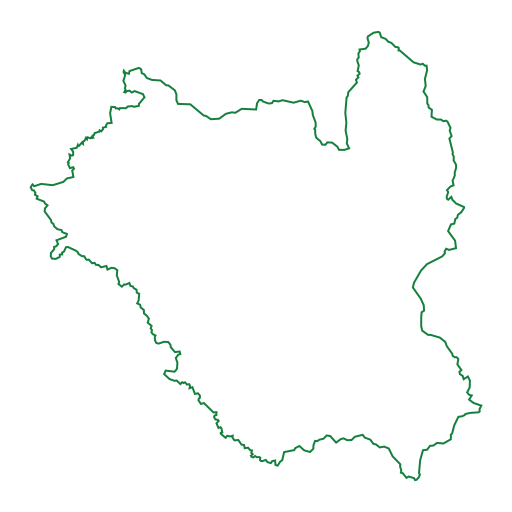 Satipo, Junín, Peru
{"feature_id": "86281439B96037862179795", "entity_name": "Satipo", "entity_type": "district", "adm_level": 2, "iso_a3": "PER", "parent_name": "Peru", "parent_adm1": "Junín", "projection": "mercator", "projection_center": [-74.176, -11.56], "detail": "fine", "context": "isolated", "style": "outline", "palette": "green", "viewbox_px": 512, "rotation_deg": 0, "n_neighbors": 0, "source": "geoboundaries", "source_scale": "gbopen_adm2", "svg_char_len": 5962}
<svg xmlns="http://www.w3.org/2000/svg" viewBox="0 0 512 512"><path d="M160.5,80.5L151.9,79.9L146.8,78.0L144.3,74.3L141.8,73.2L141.1,69.2L138.8,67.9L129.5,71.1L128.9,73.8L125.3,72.7L123.9,70.8L123.6,72.1L125.2,75.1L123.4,80.8L125.6,85.7L124.9,88.3L125.5,89.7L124.3,92.1L125.6,92.5L126.8,91.2L129.5,90.6L131.7,92.5L134.6,91.1L142.9,94.1L144.5,97.3L139.0,103.8L138.8,105.9L134.0,106.8L132.1,106.1L127.8,106.5L126.0,108.2L120.0,108.1L119.2,109.4L117.7,108.3L115.8,108.4L115.1,107.1L111.4,106.8L110.1,113.2L111.6,122.9L107.3,123.3L106.1,125.2L106.2,126.8L102.9,127.7L103.0,129.2L101.2,131.4L99.6,130.3L99.2,131.7L94.6,133.1L94.1,134.8L92.6,135.6L93.1,137.3L92.0,136.8L91.1,137.5L91.5,138.1L90.5,138.3L87.5,137.3L87.0,139.3L85.9,137.9L84.6,140.7L82.9,141.6L83.0,143.9L81.6,142.8L79.2,145.8L78.4,146.0L77.9,144.9L76.7,147.8L71.1,149.0L73.2,151.8L73.1,155.1L71.8,155.7L69.5,154.5L70.1,158.4L67.9,162.2L68.7,162.8L68.1,164.1L69.9,168.1L73.2,167.2L74.0,168.7L72.2,170.5L73.4,177.0L66.8,178.5L63.4,181.9L52.7,185.2L41.2,183.9L34.2,186.2L32.5,184.4L31.7,185.5L30.7,187.4L32.2,190.2L33.9,190.4L35.4,192.8L35.0,194.8L37.6,196.3L36.7,198.7L44.1,201.6L45.0,203.5L47.5,205.3L45.0,208.3L44.6,211.4L51.0,220.0L51.5,222.5L53.4,223.9L54.2,226.4L57.4,229.2L61.5,230.1L62.3,232.2L66.9,233.9L66.1,236.7L56.5,240.3L58.1,244.1L56.0,246.4L54.1,246.9L54.2,249.2L50.9,253.0L50.8,256.4L52.0,258.6L55.8,258.9L59.7,257.0L59.8,254.6L62.2,254.4L62.1,252.6L64.0,251.5L66.0,247.2L68.0,247.0L76.1,250.8L78.1,252.5L78.4,253.9L82.1,256.2L84.2,256.2L85.9,259.1L86.9,259.9L88.8,259.6L92.0,263.2L94.7,262.9L95.8,264.8L98.5,265.0L101.1,267.3L106.4,266.0L107.5,269.6L111.3,267.8L114.5,268.2L117.3,270.2L116.8,275.3L119.2,282.1L118.4,283.9L121.8,286.7L124.2,284.4L125.7,284.6L129.4,283.0L130.4,285.9L132.9,286.5L133.8,288.2L136.5,289.7L136.8,292.6L139.2,293.8L138.6,300.6L137.2,303.4L140.1,304.7L140.7,307.5L143.8,309.9L144.0,313.5L146.8,315.7L148.9,318.8L147.7,322.7L151.6,325.9L150.7,328.4L152.0,330.1L151.4,332.3L153.0,334.3L155.5,335.5L154.8,336.9L155.0,340.4L156.4,343.0L158.6,343.6L164.0,341.8L168.2,342.0L170.5,344.8L170.7,347.1L175.0,352.1L179.6,351.5L180.3,354.1L178.3,354.7L175.8,358.0L177.4,362.6L177.0,368.6L175.8,370.4L174.5,371.7L165.7,370.6L164.1,374.1L169.6,379.1L174.5,380.8L176.8,380.6L180.4,384.1L182.2,382.2L183.5,383.0L185.0,382.3L186.9,384.5L189.2,384.2L190.0,385.9L189.6,388.2L192.4,387.2L194.9,393.9L198.0,393.3L199.9,395.7L199.9,397.8L198.7,398.8L198.5,400.4L200.9,403.9L204.0,403.1L213.4,412.4L216.5,412.2L216.3,415.1L214.6,415.5L214.0,417.1L215.5,419.5L217.7,419.8L218.7,420.9L216.5,423.3L218.5,428.0L220.5,427.2L221.4,428.2L222.3,432.4L220.8,432.8L220.8,433.8L225.6,437.8L227.2,435.8L230.2,436.5L232.7,435.7L232.5,437.6L234.5,440.4L238.3,440.0L241.5,444.6L244.1,445.1L244.7,448.2L248.1,447.7L250.1,450.1L252.0,450.5L251.3,452.9L252.7,454.1L250.9,455.8L251.8,457.0L253.3,457.4L255.0,456.0L256.8,457.2L259.4,457.1L260.3,457.7L260.0,460.2L260.8,460.9L262.2,461.2L265.8,459.9L267.4,462.1L270.8,463.1L272.2,461.1L275.1,460.5L275.5,465.0L277.7,465.6L280.1,461.7L282.3,460.1L284.1,452.1L294.2,450.1L295.3,448.1L299.4,446.0L304.1,450.3L310.0,452.0L313.3,448.8L313.5,445.1L315.1,440.9L317.3,441.1L319.4,439.7L323.5,438.7L326.6,435.5L330.2,436.0L336.1,442.6L340.9,439.0L343.6,438.4L347.2,440.2L351.6,440.0L354.8,436.8L362.6,434.8L364.8,437.6L370.4,439.7L373.3,443.8L376.1,444.5L379.7,447.4L384.1,446.6L388.8,448.5L392.6,456.3L400.3,464.3L400.1,466.5L401.3,470.5L400.9,472.7L402.6,473.1L406.5,477.9L408.7,476.5L414.1,478.2L415.1,480.1L416.5,479.8L418.8,477.4L419.9,474.5L419.0,473.1L420.2,460.1L423.0,450.2L427.1,449.7L430.0,445.9L433.5,445.5L437.0,442.9L443.4,443.5L450.8,439.3L450.9,434.7L452.2,433.3L454.2,425.4L458.4,416.8L461.7,416.4L464.7,415.1L465.4,414.0L470.2,412.9L478.7,412.3L479.7,411.4L479.5,409.2L481.3,405.6L473.6,403.0L469.1,399.6L471.7,395.5L469.3,394.9L467.1,392.4L469.7,387.4L469.9,380.6L467.9,376.5L463.7,379.2L462.6,375.8L459.9,374.1L459.4,371.8L461.4,370.1L457.4,364.4L458.3,359.0L456.6,357.2L454.8,357.2L452.7,355.9L452.3,353.9L446.7,346.0L445.3,341.9L439.8,337.6L430.7,334.9L428.1,334.9L422.2,330.6L421.2,326.1L421.2,317.7L421.6,312.3L424.1,310.6L423.7,305.1L420.7,298.6L412.9,287.5L414.0,282.7L421.0,270.6L426.9,264.2L442.2,256.4L444.9,253.3L444.6,251.4L446.2,248.7L449.1,249.9L456.0,248.2L455.1,240.7L448.1,231.1L451.0,224.4L454.3,223.6L455.3,219.0L457.2,217.8L457.9,214.8L461.4,212.1L464.1,207.8L464.0,207.0L456.1,203.5L452.4,199.8L451.3,196.9L448.2,199.7L446.9,198.7L446.7,196.7L448.2,192.1L447.0,190.1L450.4,186.6L453.6,185.3L452.6,180.8L454.8,175.5L454.7,172.6L456.1,167.9L456.1,164.8L453.6,160.4L453.8,156.7L452.5,154.1L452.9,152.5L449.4,138.6L451.6,136.1L449.7,130.6L450.5,127.8L447.4,121.5L445.8,120.7L443.3,121.2L441.0,119.5L436.7,119.5L431.5,116.7L431.9,109.8L428.7,107.6L428.4,105.0L427.3,103.6L427.2,97.1L423.5,91.5L425.7,86.0L424.9,78.9L427.1,70.5L426.6,65.7L424.8,65.7L422.9,63.8L420.5,64.5L413.5,62.3L399.8,50.5L398.5,50.4L398.8,48.1L398.1,47.3L395.3,46.9L391.4,42.9L388.2,41.7L385.7,38.9L381.2,37.2L379.8,32.8L378.5,31.9L373.6,32.7L367.9,36.4L367.5,38.4L368.8,42.7L367.9,46.0L365.6,48.7L359.5,49.5L359.9,51.2L358.4,53.5L358.7,57.6L357.4,59.1L357.2,60.7L358.8,65.4L357.6,71.1L359.2,72.2L359.6,73.8L357.5,75.6L358.4,77.3L356.0,79.8L356.9,82.5L348.3,92.2L347.8,95.9L346.6,97.5L345.3,112.9L346.4,122.8L345.6,130.5L347.3,139.1L346.8,143.4L349.1,148.3L344.4,149.9L339.0,149.8L337.3,146.6L332.1,142.6L327.3,142.4L325.4,144.8L322.0,144.5L320.5,141.3L316.3,137.8L315.2,133.7L315.2,129.8L314.3,128.9L315.7,126.6L315.6,122.5L312.8,115.0L312.4,111.1L308.0,101.5L304.9,102.1L300.7,100.7L293.6,102.7L282.6,100.2L278.6,101.4L273.5,100.8L271.9,103.2L268.6,103.5L263.2,101.6L261.5,100.0L259.2,100.0L257.1,103.2L256.1,109.5L241.8,108.8L235.2,112.8L231.9,112.3L225.9,113.8L219.2,118.7L210.8,119.2L206.3,116.1L203.7,115.5L190.3,104.3L178.0,103.9L176.4,100.2L176.4,94.4L174.9,90.4L168.4,85.4L166.2,85.3L160.5,80.5Z" fill="none" stroke="#15803d" stroke-width="2"/></svg>